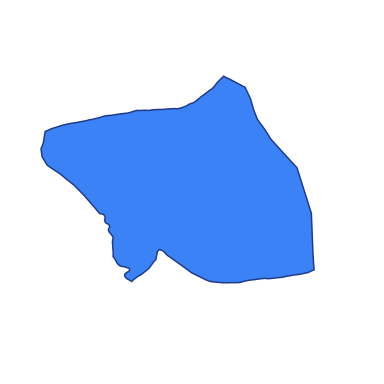 Atsaphangthong, Savannakhét, Laos (Equal Earth projection), rotated 325°
{"feature_id": "54806243B41596268770013", "entity_name": "Atsaphangthong", "entity_type": "district", "adm_level": 2, "iso_a3": "LAO", "parent_name": "Laos", "parent_adm1": "Savannakhét", "projection": "equal_earth", "projection_center": [105.275, 16.699], "detail": "fine", "context": "isolated", "style": "filled", "palette": "blue", "viewbox_px": 384, "rotation_deg": 325, "n_neighbors": 0, "source": "geoboundaries", "source_scale": "gbopen_adm2", "svg_char_len": 2446}
<svg xmlns="http://www.w3.org/2000/svg" viewBox="0 0 384 384"><g transform="rotate(325 192 192)"><path d="M284.3,115.3L274.9,116.9L271.3,118.2L267.6,119.0L265.3,118.8L263.3,118.9L258.5,119.1L253.9,119.2L250.7,119.5L247.9,119.7L244.4,119.7L240.5,118.5L239.0,118.4L236.6,118.3L232.6,117.2L229.7,116.3L227.3,115.1L225.9,114.0L225.0,113.1L224.1,112.8L221.9,111.3L219.3,109.8L217.3,108.6L216.0,108.0L214.5,107.0L213.0,105.9L210.6,104.4L208.3,102.9L206.5,101.9L204.7,101.1L203.2,100.3L201.9,99.2L200.5,98.2L198.9,97.1L195.1,94.7L194.4,93.9L192.8,93.2L190.7,92.5L188.7,91.8L186.9,91.4L184.1,90.2L182.0,89.0L180.1,88.0L179.1,87.5L178.2,87.0L176.2,86.0L174.7,85.1L173.2,84.6L172.0,83.9L170.3,83.1L168.4,82.0L166.8,81.0L164.8,80.0L163.1,79.3L161.8,78.9L160.4,78.5L158.6,77.9L155.7,76.7L153.9,76.0L152.1,75.5L150.7,74.6L148.9,73.8L146.8,73.1L143.5,71.7L142.2,71.0L140.1,70.1L137.7,69.1L136.3,68.4L133.6,67.0L131.2,65.9L128.3,64.6L125.1,63.4L123.5,62.8L121.3,62.1L119.8,61.7L118.4,61.2L115.5,60.3L114.4,59.9L113.0,59.5L111.1,59.2L109.4,58.9L107.8,58.5L106.5,58.2L97.9,66.9L93.1,70.0L89.4,77.1L88.8,87.3L92.4,96.7L94.3,101.4L96.7,110.1L99.1,117.9L101.5,132.0L103.3,148.5L104.0,156.9L105.6,158.2L106.4,159.3L106.7,160.1L106.7,161.6L106.5,162.6L105.9,163.6L104.6,164.4L103.8,166.1L103.6,167.8L104.4,169.4L105.1,170.8L105.0,172.8L104.1,173.8L102.8,174.1L101.9,175.0L101.3,176.3L101.2,177.7L101.5,180.5L101.5,182.9L101.1,184.4L100.8,184.9L100.2,185.2L99.7,185.5L99.1,186.3L98.4,186.9L92.2,197.2L90.3,199.7L90.4,202.9L89.8,207.6L90.4,210.6L91.7,212.5L93.9,214.6L95.4,216.7L96.7,218.4L96.7,219.3L96.1,220.1L94.8,220.6L92.7,220.6L90.1,220.6L89.1,221.6L88.5,222.9L88.7,225.2L90.0,227.8L91.4,230.8L93.5,230.3L99.0,230.1L103.7,230.5L112.7,229.9L121.4,227.0L123.4,226.8L127.1,223.3L129.6,220.8L132.5,220.5L134.5,223.8L135.5,230.0L136.5,232.3L138.3,237.4L139.8,241.9L141.4,246.2L142.9,250.6L144.3,255.0L145.4,258.0L147.9,262.6L151.1,268.4L153.0,271.9L155.4,275.5L157.4,277.3L160.9,280.5L165.1,283.9L168.7,286.5L172.5,289.0L175.9,291.4L177.8,292.7L180.3,294.0L183.4,295.0L186.8,296.4L190.3,298.2L197.0,301.7L201.8,304.3L205.2,307.1L208.0,308.6L214.2,312.0L217.6,313.9L220.5,315.0L222.3,315.9L224.9,317.1L228.7,318.9L232.5,321.0L241.1,324.6L244.7,325.2L247.3,325.8L255.4,312.4L277.5,278.0L291.9,232.4L289.2,212.2L286.9,194.0L287.5,183.0L287.2,170.1L289.6,160.2L293.4,149.2L295.5,136.7L289.7,125.3L284.3,115.3Z" fill="#3b82f6" stroke="#1e3a8a" stroke-width="1.5"/></g></svg>